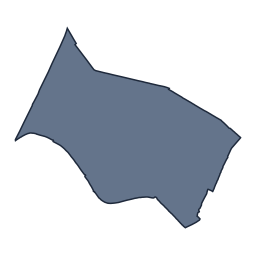 the district of Hon Dat, Kiên Giang, Vietnam
{"feature_id": "81297802B18356226761800", "entity_name": "Hon Dat", "entity_type": "district", "adm_level": 2, "iso_a3": "VNM", "parent_name": "Vietnam", "parent_adm1": "Kiên Giang", "projection": "mercator", "projection_center": [104.972, 10.238], "detail": "fine", "context": "isolated", "style": "filled", "palette": "slate", "viewbox_px": 256, "rotation_deg": 0, "n_neighbors": 0, "source": "geoboundaries", "source_scale": "gbopen_adm2", "svg_char_len": 5705}
<svg xmlns="http://www.w3.org/2000/svg" viewBox="0 0 256 256"><path d="M60.2,46.3L52.1,63.4L48.3,72.0L44.2,80.3L39.6,89.7L38.0,94.1L33.8,102.0L32.7,103.9L32.4,104.7L32.3,105.3L32.0,106.2L31.8,106.5L23.7,122.9L19.8,131.0L15.6,139.2L15.4,139.6L15.4,139.9L15.4,140.1L15.5,140.6L15.8,140.4L16.4,139.9L16.7,139.7L17.0,139.5L17.4,139.3L17.8,139.0L18.3,138.6L18.8,138.3L19.2,138.1L19.5,137.9L20.2,137.4L20.4,137.3L20.9,137.1L21.2,136.9L21.5,136.8L21.8,136.5L22.1,136.3L25.3,134.6L27.0,133.9L27.9,133.5L28.7,133.4L29.2,133.2L29.7,133.1L30.3,133.0L31.1,133.0L32.9,133.2L33.5,133.2L34.5,133.4L36.0,133.7L36.2,133.8L36.3,134.0L39.9,135.1L43.3,136.0L44.0,136.2L44.8,136.4L46.9,137.2L48.8,138.1L51.9,139.8L52.1,139.9L52.5,140.0L52.9,140.0L53.1,140.1L53.3,140.2L53.4,140.4L53.3,140.5L53.1,141.0L53.1,141.5L53.4,141.7L56.3,143.2L57.8,144.0L59.1,144.7L60.3,145.4L60.6,145.6L62.2,146.9L62.7,147.3L64.5,148.9L65.6,150.1L65.9,150.4L66.3,150.8L67.5,151.9L67.8,152.2L68.2,152.6L68.5,153.0L69.3,154.1L70.1,155.1L70.8,156.1L71.4,156.9L72.6,158.3L74.0,160.1L75.6,162.5L76.0,163.0L76.3,163.4L76.7,163.8L77.6,165.0L78.4,166.1L79.1,167.2L81.2,170.3L82.8,172.4L83.0,172.7L84.0,174.0L84.3,174.4L84.7,174.7L85.1,174.9L85.4,174.9L85.5,175.0L85.6,175.3L85.2,175.7L85.0,176.1L84.9,176.3L84.9,176.5L85.0,176.8L86.9,179.3L87.7,180.3L88.6,181.7L89.2,183.0L89.6,183.7L90.2,184.7L90.4,185.1L91.0,186.0L91.4,186.6L93.4,190.4L93.4,190.6L93.3,190.9L93.3,191.0L93.4,191.3L93.7,191.5L93.9,191.6L94.2,191.6L94.4,191.7L94.5,191.7L94.6,191.9L94.5,192.1L94.6,192.3L95.1,192.6L95.4,193.0L96.0,193.8L97.4,195.8L97.5,195.9L98.8,197.8L99.4,198.3L100.2,198.9L101.0,199.8L102.0,200.5L102.9,201.1L104.1,201.8L105.0,202.3L106.3,202.7L107.3,203.1L108.7,203.3L110.7,203.4L113.0,203.2L115.0,203.0L117.0,202.7L118.4,202.5L119.5,202.2L122.4,201.4L127.3,200.1L127.8,200.0L128.7,199.8L129.2,199.7L132.2,199.0L134.9,198.3L136.9,198.0L139.1,197.5L140.6,197.5L141.2,197.4L142.5,197.2L143.3,197.2L144.6,197.1L146.0,197.0L147.4,197.0L148.1,197.1L148.9,197.2L149.6,197.4L150.7,197.6L151.7,197.8L152.5,197.9L153.3,197.9L153.8,197.9L154.1,197.7L154.4,197.3L154.6,197.2L155.1,197.0L155.4,197.0L155.6,197.1L156.0,197.3L156.5,197.7L157.0,198.4L157.1,198.6L157.3,199.2L158.2,200.2L159.0,200.9L160.3,202.4L160.6,202.8L161.2,203.4L162.7,204.7L164.1,206.0L164.8,206.9L165.4,207.4L166.4,208.4L167.8,209.8L168.9,211.2L169.0,211.2L169.7,211.9L170.5,212.6L171.1,213.3L171.6,213.6L172.0,214.0L172.4,214.4L172.7,214.7L173.0,215.1L173.5,215.6L174.0,216.1L174.8,216.9L175.4,217.6L175.8,218.1L176.2,218.6L176.6,219.0L177.1,219.4L177.5,219.8L177.9,220.2L178.4,220.9L179.0,221.5L179.5,222.0L180.1,222.7L180.6,223.3L180.9,223.6L181.2,223.8L181.5,224.1L181.7,224.4L181.9,224.7L182.1,224.9L182.4,225.1L182.7,225.2L182.9,225.4L183.1,225.8L183.6,226.3L184.0,226.6L184.7,227.2L185.1,227.5L185.3,227.7L186.5,227.1L192.0,224.5L196.1,222.3L197.9,221.1L198.8,220.5L199.4,220.1L199.7,219.7L199.9,219.2L200.0,218.9L199.2,218.1L198.7,217.5L198.3,217.1L198.1,217.0L197.7,216.6L197.4,216.4L197.1,216.2L197.2,215.7L197.3,215.4L197.4,214.4L197.4,214.1L197.6,213.8L197.7,213.3L197.7,213.0L197.9,212.7L198.1,212.4L198.3,212.3L198.9,212.1L199.2,211.9L199.3,211.7L199.2,211.4L199.2,211.2L198.8,210.6L198.7,210.3L198.7,210.0L198.7,209.8L198.8,209.5L198.9,209.3L199.1,209.1L199.5,208.7L200.1,208.0L200.3,207.8L200.4,207.4L200.6,206.8L200.9,206.2L201.2,205.8L201.4,205.3L201.5,204.3L201.6,203.5L201.8,203.0L202.2,202.2L202.8,201.0L204.3,198.1L205.4,196.1L206.1,194.8L206.6,193.9L206.8,193.2L207.0,192.2L207.3,191.0L207.6,190.0L207.8,189.4L208.0,189.3L208.7,189.5L210.0,190.1L211.4,190.7L212.7,191.5L213.0,191.0L213.5,189.7L213.9,189.0L214.2,188.2L214.5,187.3L214.7,186.7L215.3,185.3L215.5,184.6L216.1,183.5L216.6,182.4L216.8,182.0L216.8,181.7L216.8,181.4L216.9,181.2L217.1,181.0L217.3,180.8L217.4,180.6L217.6,180.1L218.0,179.3L218.5,177.8L219.7,175.0L219.9,174.3L219.9,174.1L220.0,173.8L220.1,173.5L220.3,173.2L220.5,172.9L220.7,172.6L220.9,172.2L221.0,171.6L221.1,171.2L221.3,170.6L221.9,169.5L222.1,169.2L222.3,168.7L222.5,168.3L222.7,167.9L222.8,167.6L222.9,167.3L222.9,166.8L222.9,166.5L223.2,166.0L223.7,165.0L224.2,164.1L224.6,163.3L225.0,162.5L225.3,161.8L226.3,159.9L227.0,158.6L227.6,157.8L227.8,157.4L227.8,157.0L227.7,156.3L227.7,156.1L228.2,155.3L229.0,153.5L229.7,152.0L230.6,150.0L231.1,149.0L231.7,148.0L236.5,142.5L239.7,138.8L240.6,137.7L240.3,137.3L238.5,135.8L236.8,134.2L235.0,132.7L234.6,132.2L233.2,131.1L232.6,130.5L231.6,129.6L231.1,129.2L230.6,128.7L230.4,128.5L230.2,128.4L229.8,128.3L229.3,128.2L229.0,128.1L228.9,128.0L227.9,126.9L227.2,126.2L226.5,125.4L225.8,124.8L225.6,124.6L225.0,124.0L224.2,123.2L223.4,122.5L222.5,121.7L222.0,121.3L221.8,121.1L221.6,120.9L221.5,120.7L221.4,120.5L221.3,120.4L221.1,120.3L220.1,119.7L219.0,119.1L217.7,118.3L217.3,118.1L215.7,117.2L214.3,116.3L213.6,116.0L212.9,115.5L212.0,115.0L207.5,112.3L206.1,111.5L204.1,110.5L202.1,109.3L200.0,108.1L199.0,107.5L198.0,106.9L196.0,105.7L194.6,104.9L194.4,104.7L194.1,104.5L192.5,103.6L191.1,102.7L190.1,102.1L188.6,101.3L188.1,100.9L187.6,100.7L185.1,99.2L183.2,98.2L181.7,97.1L178.3,95.1L174.2,92.7L173.2,92.0L170.2,90.3L169.5,89.9L168.7,89.4L168.9,89.2L169.2,88.6L169.3,88.4L168.5,88.1L167.6,87.7L164.1,86.6L163.5,86.5L161.7,86.1L160.2,85.8L158.6,85.5L154.4,84.5L151.8,83.9L150.0,83.5L149.5,83.3L145.3,82.4L142.7,81.7L140.0,81.1L138.5,80.8L135.2,80.0L130.5,78.9L125.9,77.8L121.2,76.7L116.8,75.7L112.9,74.8L108.1,73.6L104.8,72.9L100.4,71.8L95.9,70.7L95.4,70.5L93.9,69.7L92.0,67.2L88.8,62.9L86.3,59.5L83.7,56.1L81.2,52.8L78.6,49.4L78.0,48.6L75.0,44.7L76.2,43.5L75.3,42.0L73.4,38.8L71.8,36.0L67.3,28.3L66.4,31.4L65.4,34.1L64.9,35.7L64.0,37.7L60.2,46.3Z" fill="#64748b" stroke="#1e293b" stroke-width="1.5"/></svg>